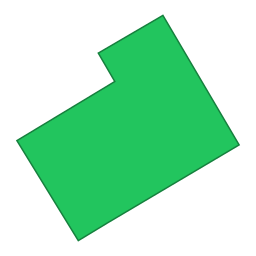 the district of Hamilton, Texas, United States of America
{"feature_id": "52423323B6154390219134", "entity_name": "Hamilton", "entity_type": "district", "adm_level": 2, "iso_a3": "USA", "parent_name": "United States of America", "parent_adm1": "Texas", "projection": "mercator", "projection_center": [-98.189, 31.717], "detail": "fine", "context": "isolated", "style": "filled", "palette": "green", "viewbox_px": 256, "rotation_deg": 0, "n_neighbors": 0, "source": "geoboundaries", "source_scale": "gbopen_adm2", "svg_char_len": 221}
<svg xmlns="http://www.w3.org/2000/svg" viewBox="0 0 256 256"><path d="M16.9,140.6L78.3,240.6L107.3,223.0L239.1,144.9L162.9,15.4L98.3,53.1L114.8,81.5L16.9,140.6Z" fill="#22c55e" stroke="#15803d" stroke-width="1.5"/></svg>